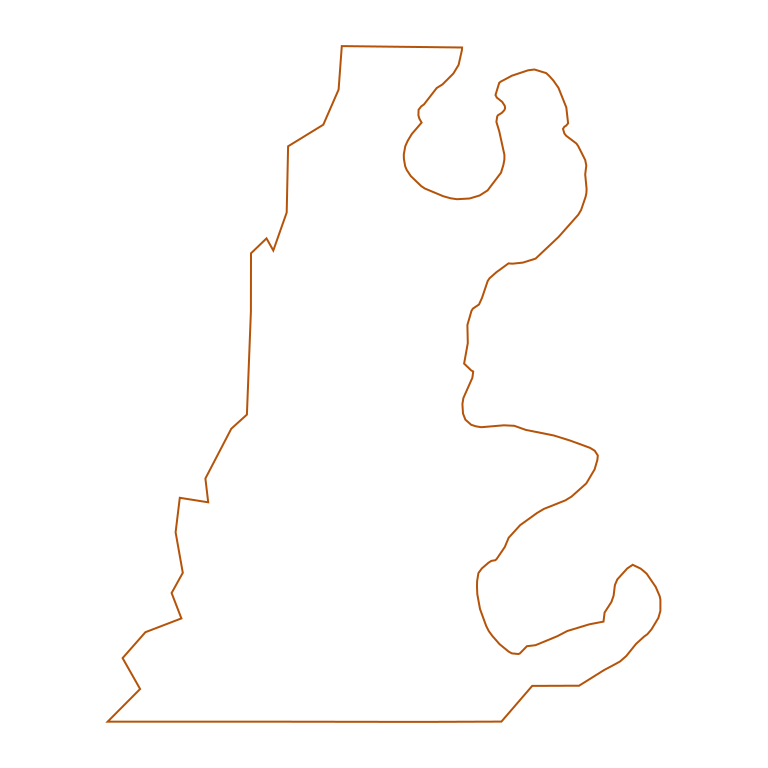 the district of East Carroll, Louisiana, United States of America
{"feature_id": "52423323B62370676746754", "entity_name": "East Carroll", "entity_type": "district", "adm_level": 2, "iso_a3": "USA", "parent_name": "United States of America", "parent_adm1": "Louisiana", "projection": "mercator", "projection_center": [-91.146, 32.771], "detail": "fine", "context": "isolated", "style": "outline", "palette": "amber", "viewbox_px": 768, "rotation_deg": 0, "n_neighbors": 0, "source": "geoboundaries", "source_scale": "gbopen_adm2", "svg_char_len": 2376}
<svg xmlns="http://www.w3.org/2000/svg" viewBox="0 0 768 768"><path d="M579.2,685.7L579.7,685.3L604.0,670.1L611.2,666.3L620.0,661.5L626.3,656.0L636.1,643.8L644.3,636.4L647.3,634.3L651.6,629.2L658.4,617.9L660.4,610.8L660.4,599.5L659.7,596.2L655.7,586.9L646.6,573.6L640.8,568.7L632.7,564.8L627.3,568.4L617.3,579.4L614.9,585.1L613.6,595.7L611.4,602.0L604.6,612.5L603.5,621.6L589.4,624.3L567.3,631.0L557.3,636.2L535.5,645.2L526.9,646.2L519.8,653.5L518.3,654.0L511.9,653.4L508.5,651.5L499.5,644.1L492.4,636.0L488.8,631.1L486.2,626.0L480.0,609.0L477.3,594.2L477.0,586.9L477.1,581.2L478.4,573.2L479.1,572.1L481.9,568.4L488.5,562.7L491.3,560.9L495.4,560.2L496.7,558.9L504.8,547.0L508.7,537.7L520.2,525.1L537.0,513.0L543.9,508.9L565.3,500.4L571.5,496.6L586.3,483.4L594.6,469.4L597.4,459.8L597.8,455.5L594.7,450.7L590.1,447.9L570.2,440.6L553.9,435.5L525.8,429.9L514.3,425.8L503.9,425.3L481.3,427.2L476.2,426.4L471.2,424.8L465.4,419.7L463.0,413.5L462.4,404.0L463.4,398.0L472.4,377.7L473.2,371.5L471.2,370.4L464.1,363.6L467.8,343.1L467.4,325.0L471.5,310.8L472.9,308.6L479.0,304.5L482.0,297.9L487.7,281.0L489.5,278.3L496.4,272.2L508.5,263.4L512.4,263.7L522.9,262.6L535.6,258.6L558.6,236.9L578.2,214.8L581.1,210.0L585.6,196.8L586.4,193.0L586.4,192.6L586.6,189.1L585.2,174.4L586.3,165.5L585.2,160.0L578.2,146.1L576.4,143.5L566.2,135.8L564.4,133.5L563.0,128.9L564.4,126.7L566.1,125.7L568.1,123.3L566.3,107.4L558.5,87.9L553.5,80.7L549.4,76.1L546.2,73.1L534.4,69.5L528.1,70.3L511.9,75.7L500.6,81.7L499.2,82.9L495.5,95.0L496.8,97.6L502.2,101.9L504.8,105.9L505.1,108.2L504.4,110.1L501.9,112.8L497.9,115.3L497.2,116.5L496.4,121.9L499.3,131.5L504.4,154.8L504.4,159.4L503.4,164.9L501.0,172.7L487.6,190.4L479.6,195.5L469.5,198.5L457.0,199.2L450.7,198.3L443.2,196.2L424.8,188.5L421.1,186.0L410.8,176.1L406.7,169.9L405.2,166.3L403.9,158.9L403.8,154.4L405.3,146.1L407.8,140.6L411.8,134.0L421.6,122.6L419.4,118.7L418.4,115.3L418.6,109.7L421.3,106.3L424.0,104.4L436.7,88.0L442.5,84.4L453.3,73.6L458.6,64.9L461.9,50.2L462.1,47.5L341.8,46.1L338.6,89.6L323.3,124.7L288.1,146.3L286.7,212.5L273.3,250.5L266.5,238.4L251.0,253.3L250.9,311.6L246.9,414.6L231.3,428.7L205.4,478.5L208.2,502.3L179.8,497.8L175.6,532.3L182.8,572.8L171.6,593.0L181.4,618.4L145.4,632.2L122.6,658.1L140.1,689.0L107.6,721.7L291.1,721.7L420.7,721.9L501.4,721.6L532.2,685.9L579.2,685.7Z" fill="none" stroke="#b45309" stroke-width="2"/></svg>